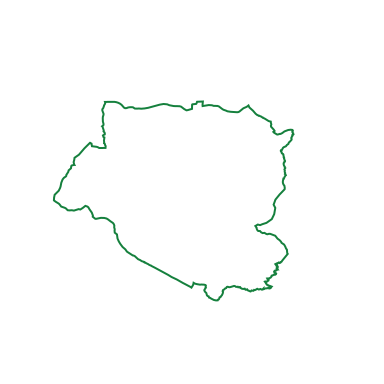 Gura Vaii, Bacau, Romania, rotated 145°
{"feature_id": "2599482B95523815467969", "entity_name": "Gura Vaii", "entity_type": "district", "adm_level": 2, "iso_a3": "ROU", "parent_name": "Romania", "parent_adm1": "Bacau", "projection": "natural_earth1", "projection_center": [26.849, 46.295], "detail": "fine", "context": "isolated", "style": "outline", "palette": "green", "viewbox_px": 384, "rotation_deg": 145, "n_neighbors": 0, "source": "geoboundaries", "source_scale": "gbopen_adm2", "svg_char_len": 5904}
<svg xmlns="http://www.w3.org/2000/svg" viewBox="0 0 384 384"><g transform="rotate(145 192 192)"><path d="M306.1,268.5L308.4,266.3L309.1,265.3L309.8,264.6L309.9,264.2L309.2,262.1L307.8,258.9L307.6,257.8L307.5,255.1L305.2,251.9L304.7,250.8L304.3,248.4L302.9,247.2L300.9,246.0L299.4,244.5L294.7,243.0L293.5,241.7L290.5,241.6L287.3,241.8L286.0,240.0L285.7,238.9L285.9,236.6L285.9,232.6L286.7,229.5L287.5,228.7L286.6,225.5L285.9,225.0L281.5,223.1L278.8,221.1L277.2,219.3L276.5,217.7L275.6,214.8L274.6,212.2L274.5,211.6L274.5,210.6L274.8,209.2L276.1,207.5L276.5,206.2L277.1,205.2L277.6,204.8L278.6,203.0L277.8,200.3L279.7,196.6L280.3,193.5L280.5,190.8L280.4,186.8L280.2,186.0L280.0,185.2L279.5,183.2L279.5,180.6L279.4,180.2L276.9,174.0L276.5,173.7L275.7,172.4L274.7,167.9L273.6,166.1L272.8,164.1L271.3,162.2L271.5,161.9L271.2,161.2L270.7,160.9L270.5,160.2L269.2,157.9L268.8,156.7L267.7,155.1L267.7,154.8L265.8,151.2L259.0,137.6L257.5,134.1L254.6,129.0L251.4,122.2L251.1,121.7L247.7,115.1L247.3,114.0L244.9,115.0L243.9,115.6L242.8,116.7L242.1,115.2L241.0,113.9L238.6,111.5L237.5,110.9L235.3,109.2L234.3,108.0L234.4,107.2L235.5,106.3L235.5,105.7L237.9,104.8L238.4,104.2L238.4,103.5L238.6,103.1L238.2,101.1L239.0,98.9L238.9,97.8L238.2,96.9L238.6,95.8L238.5,95.5L237.8,94.8L237.5,93.8L236.0,91.0L234.6,89.5L233.1,88.5L232.5,88.9L231.7,88.7L230.9,89.0L229.8,89.9L228.8,89.6L227.7,90.1L226.9,90.2L225.1,91.2L223.8,92.4L223.8,93.2L222.7,93.9L221.6,93.7L220.1,94.0L219.1,93.7L218.1,94.2L217.7,94.2L217.1,93.9L216.2,92.7L215.1,92.1L211.4,90.9L210.6,89.9L210.4,89.1L209.9,88.7L208.8,88.1L208.8,87.4L207.6,86.9L207.1,86.5L207.1,85.7L207.3,85.6L207.2,85.4L206.5,84.0L205.2,82.9L204.4,82.7L204.2,82.5L204.3,81.6L203.9,80.9L202.7,80.7L202.7,79.4L202.1,78.7L201.9,78.0L201.0,76.9L199.7,77.2L198.9,76.3L198.4,75.9L197.3,76.2L197.0,75.7L196.1,75.4L194.1,75.3L193.3,73.9L192.5,73.5L192.1,73.5L191.4,73.2L191.0,72.2L190.6,71.8L190.3,71.7L189.2,71.9L189.4,71.7L189.2,71.3L188.8,71.2L188.7,71.4L187.2,70.9L185.6,70.0L183.3,69.3L183.2,69.0L183.7,68.5L183.3,68.3L182.2,68.3L181.5,68.7L181.0,68.8L182.2,70.6L183.3,71.8L183.2,72.2L183.8,73.0L183.7,73.8L183.9,74.5L183.7,74.9L183.5,75.7L183.7,75.8L183.7,76.8L183.3,76.7L182.5,75.7L181.8,75.6L181.6,75.8L180.3,75.6L179.7,76.0L179.9,76.9L179.5,76.7L179.4,76.9L179.5,77.7L178.4,77.0L176.5,76.8L175.3,77.2L175.2,77.5L174.7,77.8L173.3,77.3L172.2,77.4L171.9,77.2L171.8,76.8L171.5,76.6L170.4,76.5L170.0,76.8L170.2,77.1L170.0,77.4L170.3,77.6L170.3,78.5L170.6,79.1L170.4,79.7L169.6,80.0L169.1,79.8L168.9,79.9L168.5,79.5L167.5,79.4L167.0,80.2L166.2,79.5L166.1,80.9L165.3,80.9L165.1,81.4L164.9,81.4L164.8,81.7L165.6,81.9L165.1,82.0L165.5,82.4L165.8,83.1L165.7,82.9L164.9,82.7L164.3,83.2L164.4,83.5L165.1,84.1L165.1,85.1L163.0,84.8L162.8,84.5L161.4,84.5L161.2,83.7L160.4,83.4L160.0,83.4L159.6,83.8L158.8,83.5L157.2,84.1L149.1,86.4L149.1,87.2L147.3,90.4L147.4,91.7L146.9,93.9L146.7,96.1L147.8,99.0L147.6,100.3L147.9,102.4L148.7,104.7L148.9,108.4L151.9,112.8L152.9,113.6L154.4,114.1L155.1,114.8L156.1,117.0L157.7,117.8L158.5,119.4L158.7,121.0L160.1,122.1L160.3,122.7L160.3,123.8L160.0,125.1L159.6,125.6L159.6,127.8L156.8,127.6L155.2,125.8L152.9,125.3L148.7,124.0L142.2,124.0L137.4,126.7L132.9,131.2L132.4,134.8L128.0,137.9L121.7,139.7L114.6,141.1L113.7,142.1L112.7,144.2L112.8,145.6L112.3,147.4L111.4,148.7L109.5,150.5L109.2,150.2L107.2,151.4L106.0,151.9L105.5,151.9L105.4,152.4L105.6,153.5L104.8,154.0L104.6,155.1L104.3,155.7L103.7,156.2L103.4,157.4L101.9,158.1L102.1,158.7L101.5,159.5L101.5,160.9L100.9,162.4L100.3,163.1L99.5,163.2L99.4,163.6L98.2,163.8L98.0,164.0L97.8,164.8L97.9,165.3L97.4,166.2L97.4,166.7L96.9,167.2L97.0,167.9L96.4,168.5L96.3,169.3L95.8,169.9L95.7,170.3L95.6,170.8L95.9,171.3L96.2,172.2L95.8,172.9L95.7,173.3L95.9,173.9L95.7,174.8L95.1,175.2L94.4,174.8L92.3,175.9L91.3,176.1L88.8,175.6L87.3,176.1L85.5,176.1L84.3,177.0L82.9,177.1L80.5,177.7L80.1,178.1L79.8,179.2L79.4,179.2L78.6,180.0L77.4,180.4L77.3,181.0L76.1,181.0L76.2,181.6L75.4,182.0L75.5,183.3L75.3,183.8L75.0,184.1L74.3,184.2L74.1,184.7L74.2,185.3L75.4,186.4L77.6,187.6L81.5,188.6L84.3,188.5L86.2,188.8L86.7,189.2L88.8,189.9L89.4,190.4L89.7,191.1L90.7,193.4L90.9,194.3L90.9,194.5L89.7,194.4L89.3,194.7L89.3,196.3L89.7,199.7L89.8,200.1L89.3,201.1L88.3,201.8L87.4,204.1L87.1,204.5L88.5,206.1L90.5,210.8L91.3,211.9L91.2,212.3L91.7,213.0L92.1,214.2L92.5,214.7L93.3,216.1L93.6,216.1L94.2,217.5L94.4,217.6L95.0,219.6L95.4,223.6L96.5,228.3L96.1,230.5L98.3,230.4L101.9,231.1L107.0,230.7L108.2,230.9L109.2,231.4L114.3,235.5L116.7,237.8L117.5,239.2L119.1,241.4L119.7,242.9L120.9,246.7L121.8,247.9L124.9,250.2L125.9,251.6L128.4,253.6L134.0,256.3L133.5,257.2L131.2,259.9L136.1,263.0L137.6,261.9L138.1,261.8L141.4,263.6L141.9,263.4L144.3,260.1L148.5,261.5L149.7,262.1L150.8,264.4L152.0,268.2L153.1,269.5L157.6,272.8L160.8,276.1L162.0,278.0L164.8,280.4L168.2,282.0L179.6,286.1L183.0,287.7L185.9,289.4L187.3,290.6L190.0,292.4L191.0,293.2L191.7,295.1L192.5,295.9L194.3,297.1L195.9,297.9L197.3,298.2L198.7,299.0L199.3,300.1L199.7,303.8L200.3,305.6L201.2,307.3L202.4,308.9L203.9,310.4L211.6,315.7L211.9,314.8L212.6,314.2L214.5,313.3L214.7,313.0L216.7,311.6L218.0,311.2L218.7,310.2L219.6,306.8L220.2,306.0L222.0,304.6L222.8,303.6L224.6,300.8L225.4,298.6L225.9,297.9L226.4,297.5L227.9,297.4L227.8,297.0L229.0,293.0L229.7,292.4L229.5,290.9L230.1,289.5L230.5,289.2L231.3,289.4L232.5,289.4L233.0,287.6L232.5,286.9L234.7,284.5L235.3,283.3L236.1,282.4L235.8,281.8L235.9,281.1L236.2,280.6L236.4,279.1L237.6,277.7L242.8,281.3L243.5,282.8L244.2,283.7L247.7,286.9L246.6,289.2L247.1,289.9L247.0,290.4L247.3,290.8L255.0,289.5L263.2,287.4L268.6,287.4L270.2,285.7L271.8,284.4L272.7,282.3L272.8,281.6L273.2,281.9L275.3,282.7L276.0,282.5L277.6,280.8L280.6,280.5L281.9,279.4L285.1,278.1L285.8,277.3L286.3,277.1L288.8,277.1L290.8,276.5L293.7,274.6L296.5,271.9L297.7,271.0L300.4,269.5L306.1,268.5Z" fill="none" stroke="#15803d" stroke-width="2"/></g></svg>